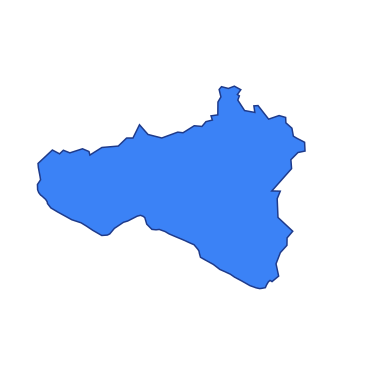 outline of Pehchevo, Pehčevo, North Macedonia, rotated 141°
{"feature_id": "65306769B44883072269450", "entity_name": "Pehchevo", "entity_type": "district", "adm_level": 2, "iso_a3": "MKD", "parent_name": "North Macedonia", "parent_adm1": "Pehčevo", "projection": "mercator", "projection_center": [22.916, 41.784], "detail": "fine", "context": "isolated", "style": "filled", "palette": "blue", "viewbox_px": 384, "rotation_deg": 141, "n_neighbors": 0, "source": "geoboundaries", "source_scale": "gbopen_adm2", "svg_char_len": 1560}
<svg xmlns="http://www.w3.org/2000/svg" viewBox="0 0 384 384"><g transform="rotate(141 192 192)"><path d="M293.7,311.1L296.0,307.7L300.1,300.1L302.0,296.8L307.4,295.1L310.5,291.0L311.5,288.0L311.6,284.9L311.3,284.0L310.4,278.4L310.7,275.5L311.6,273.9L311.7,268.4L309.0,261.1L305.2,251.8L302.9,246.1L297.6,237.9L295.5,232.0L293.2,224.6L289.5,215.0L284.9,211.8L282.3,211.2L275.1,212.6L274.5,212.5L264.3,211.6L260.2,209.9L249.8,207.7L246.7,206.3L245.3,203.9L244.8,201.8L247.4,195.5L246.7,188.2L243.8,185.3L241.0,183.5L237.8,178.2L236.2,173.9L233.2,168.2L229.2,160.8L224.9,152.2L223.6,149.8L223.5,143.6L223.8,141.6L225.0,139.4L226.5,135.9L224.4,130.6L221.0,122.3L219.1,114.3L217.0,110.2L213.9,103.9L212.5,99.0L209.3,91.5L205.9,82.8L202.5,77.2L200.2,74.3L198.4,73.2L195.2,71.5L192.7,72.8L189.3,74.1L187.0,74.2L186.2,72.0L177.6,72.1L171.9,83.3L161.5,89.3L151.8,90.8L147.0,96.5L138.4,98.1L141.2,118.1L130.0,133.2L122.9,137.1L129.3,142.6L99.9,147.5L94.8,154.9L84.8,156.0L78.4,152.7L73.2,159.8L76.7,167.8L78.1,171.6L74.2,178.7L75.5,186.7L72.3,191.0L76.2,196.6L86.6,200.4L86.3,217.6L89.7,220.0L93.1,214.3L99.9,222.2L98.6,234.6L94.7,236.9L95.4,239.2L89.7,240.8L92.5,247.6L98.6,249.6L102.8,255.3L106.4,254.6L109.7,247.7L115.2,245.6L123.4,235.7L129.3,239.2L130.9,235.1L136.9,237.9L143.0,236.7L148.6,242.1L161.7,243.7L165.4,247.5L181.5,253.0L190.0,264.4L190.5,277.3L203.9,271.1L208.9,275.1L220.4,274.1L234.0,283.3L248.1,285.0L246.6,288.3L249.9,294.5L262.3,299.3L265.7,305.4L270.9,305.0L274.1,312.5L293.7,311.1Z" fill="#3b82f6" stroke="#1e3a8a" stroke-width="1.5"/></g></svg>